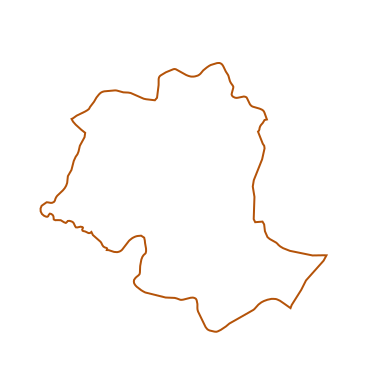 map outline of Potaro-Siparuni (Mercator projection), rotated 12°
{"feature_id": "GUY-672", "entity_name": "Potaro-Siparuni", "entity_type": "Region", "adm_level": 1, "iso_a3": "GUY", "parent_name": "Guyana", "parent_adm1": "", "projection": "mercator", "projection_center": [-59.388, 4.854], "detail": "fine", "context": "isolated", "style": "outline", "palette": "amber", "viewbox_px": 384, "rotation_deg": 12, "n_neighbors": 0, "source": "natural_earth", "source_scale": "10m", "svg_char_len": 3362}
<svg xmlns="http://www.w3.org/2000/svg" viewBox="0 0 384 384"><g transform="rotate(12 192 192)"><path d="M55.4,246.4L54.0,246.4L52.2,246.0L49.8,244.7L48.0,242.4L47.3,239.6L47.8,236.7L51.9,232.3L53.2,232.1L56.3,232.0L57.7,231.5L59.2,230.2L59.7,228.7L59.8,227.1L60.2,225.4L61.0,223.6L65.4,217.2L66.7,214.7L67.6,212.0L68.0,209.0L67.3,202.3L69.5,195.5L69.9,186.2L70.9,181.7L72.1,178.9L72.6,176.0L72.7,170.1L75.5,160.7L75.2,156.3L70.9,154.2L64.2,150.3L61.0,147.9L59.0,145.6L60.3,144.6L63.3,141.3L70.5,135.7L72.7,133.7L74.0,132.1L74.6,130.0L77.4,124.1L78.9,119.5L80.7,115.9L82.0,114.0L83.5,112.7L85.2,111.8L95.3,108.7L96.3,108.5L97.4,108.4L104.1,108.8L109.0,108.0L111.4,107.9L125.4,110.8L127.8,110.8L136.6,110.0L138.2,107.1L137.1,94.3L135.9,88.5L135.9,86.8L136.4,85.4L137.3,84.3L141.6,80.3L148.2,75.8L149.1,75.4L149.7,75.3L150.7,75.3L162.1,78.8L164.5,79.2L166.7,79.3L167.8,79.2L169.2,78.9L170.9,78.3L173.5,76.9L174.8,75.7L175.7,74.5L177.7,70.7L180.6,67.1L182.4,65.2L183.9,63.9L189.5,60.8L190.7,60.4L192.2,60.1L193.4,60.3L194.6,60.8L195.7,61.7L196.7,62.8L200.0,67.1L202.9,70.0L203.6,71.0L205.9,75.4L206.7,76.5L207.7,77.6L209.7,79.4L210.5,80.4L210.7,81.5L210.4,87.4L210.5,88.5L211.2,89.5L212.4,90.3L214.5,90.8L215.9,90.7L217.2,90.3L222.9,87.8L224.4,87.8L225.6,88.1L226.3,88.8L230.4,94.1L231.5,95.0L232.6,95.6L233.8,95.9L240.7,96.4L242.3,96.7L243.5,97.0L244.6,97.5L245.5,98.2L246.3,99.2L250.2,105.5L248.0,106.5L246.9,109.7L245.5,112.2L245.0,113.7L244.8,115.4L244.9,116.8L244.7,118.1L244.0,119.2L251.2,130.1L253.0,131.8L253.9,134.2L253.8,145.4L250.0,167.6L250.3,174.0L254.1,183.8L258.0,205.7L260.1,208.4L267.1,206.3L269.3,208.7L271.5,215.2L275.2,220.4L277.4,221.6L278.1,221.9L284.8,224.0L286.4,224.9L287.4,225.7L289.6,226.9L292.8,228.0L300.0,229.2L323.1,229.0L334.4,226.4L336.7,226.0L335.0,231.8L321.9,254.8L319.2,265.0L313.0,281.8L312.5,285.1L305.3,282.0L300.7,280.1L298.2,279.5L297.0,279.3L295.8,279.3L293.3,279.7L292.0,280.0L288.2,281.7L285.0,283.7L282.8,285.5L280.4,288.3L277.4,293.5L276.5,294.6L255.9,312.9L253.1,316.5L248.8,320.9L246.4,322.8L245.4,323.4L244.7,323.7L243.0,323.9L237.9,323.8L235.8,323.2L234.7,322.4L233.3,321.2L222.8,307.7L221.9,306.0L221.4,304.4L220.6,300.5L219.1,297.0L218.6,296.3L217.9,295.6L216.7,295.2L215.8,295.1L214.8,295.1L213.8,295.4L212.7,295.7L205.8,299.1L204.7,299.5L203.6,299.8L202.6,299.8L199.3,299.3L197.1,299.2L188.1,300.7L167.2,300.0L165.0,299.4L162.7,298.6L157.7,296.2L156.5,295.4L155.3,294.4L154.2,293.0L153.7,291.5L153.6,290.1L154.4,288.1L155.3,286.7L157.1,284.5L157.8,283.2L157.8,281.7L156.7,275.2L156.5,268.6L157.0,265.6L157.9,263.5L158.8,262.4L159.4,261.3L159.4,259.4L158.8,256.9L156.7,251.7L155.9,249.2L154.7,246.6L151.3,245.3L148.1,246.3L146.9,246.8L145.7,247.5L144.5,248.4L143.2,249.5L141.6,251.4L140.6,252.7L135.7,262.9L135.0,263.9L134.0,264.9L132.8,265.7L131.3,266.4L128.2,266.8L122.6,266.2L120.7,266.5L120.8,265.1L120.2,264.5L118.5,264.4L116.7,263.8L115.3,262.5L114.2,261.0L112.9,259.7L104.0,254.7L101.9,252.0L100.7,253.4L99.3,253.7L96.1,252.9L95.3,252.8L93.7,252.8L93.0,252.6L92.4,251.6L92.8,249.7L92.2,249.1L90.2,249.1L87.2,250.5L85.8,250.7L84.9,249.9L82.7,247.0L81.4,246.1L79.8,245.8L78.1,245.7L76.5,246.2L75.9,247.4L75.0,248.5L73.1,248.2L69.5,246.9L66.5,247.4L64.1,248.0L62.5,247.6L61.6,244.8L60.8,243.7L59.1,242.8L57.5,242.7L56.7,244.0L56.3,245.7L55.4,246.4Z" fill="none" stroke="#b45309" stroke-width="2"/></g></svg>